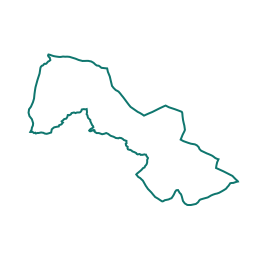 the district of Mpanda Urban, Katavi, United Republic of Tanzania, rotated 78°
{"feature_id": "72390352B31642859672055", "entity_name": "Mpanda Urban", "entity_type": "district", "adm_level": 2, "iso_a3": "TZA", "parent_name": "United Republic of Tanzania", "parent_adm1": "Katavi", "projection": "natural_earth1", "projection_center": [31.001, -6.409], "detail": "fine", "context": "isolated", "style": "outline", "palette": "teal", "viewbox_px": 256, "rotation_deg": 78, "n_neighbors": 0, "source": "geoboundaries", "source_scale": "gbopen_adm2", "svg_char_len": 4768}
<svg xmlns="http://www.w3.org/2000/svg" viewBox="0 0 256 256"><g transform="rotate(78 128 128)"><path d="M164.6,61.7L163.3,62.5L161.5,62.8L159.3,64.2L158.5,65.2L157.9,66.0L157.0,68.3L156.4,69.8L154.8,72.6L152.3,76.6L150.3,78.9L147.8,77.2L146.0,76.0L142.9,73.5L141.8,72.8L141.6,72.7L137.4,72.4L134.5,72.5L133.8,72.5L131.6,72.5L127.9,72.2L126.3,72.0L124.6,71.8L124.0,71.9L123.3,72.1L121.8,74.4L119.4,78.2L116.2,83.7L115.3,84.8L113.9,86.5L114.2,88.2L115.3,92.9L117.4,100.9L118.1,104.7L119.2,109.8L117.4,111.5L115.7,113.3L114.3,115.1L109.8,119.3L107.9,121.1L105.4,122.4L101.5,124.2L96.9,126.3L94.6,127.5L92.7,128.4L90.4,129.7L88.9,131.4L88.4,132.1L85.8,133.8L85.4,134.0L84.7,134.3L83.5,134.9L83.4,134.9L82.7,134.9L79.3,135.0L73.8,135.1L68.8,136.0L65.4,136.0L64.7,138.2L63.6,141.5L61.8,142.9L61.0,143.7L60.4,145.5L59.9,146.0L59.0,146.8L57.4,147.9L57.1,148.1L55.3,150.1L54.0,153.1L53.0,158.5L51.2,162.1L49.3,164.9L47.7,167.8L46.3,170.3L45.9,171.5L45.6,172.5L45.3,174.2L45.0,175.4L44.6,176.7L44.5,179.1L44.2,180.5L43.1,183.6L42.2,185.8L41.1,187.7L40.1,189.3L39.6,190.5L40.3,191.1L41.4,191.0L41.9,190.7L43.0,189.9L43.9,190.0L44.7,189.8L45.5,189.9L46.2,191.3L46.3,192.1L47.1,193.3L48.0,194.4L48.2,195.2L47.8,196.0L48.1,197.0L48.9,197.8L49.2,198.6L49.2,199.3L50.0,200.5L50.4,200.7L50.6,200.9L51.1,201.2L56.4,203.2L62.3,206.6L68.9,210.0L71.7,211.1L75.3,212.4L79.7,213.8L83.0,215.6L87.0,218.5L89.1,220.9L92.4,222.1L95.9,221.9L99.4,220.2L103.6,219.8L105.8,220.5L107.7,221.9L109.5,222.6L111.6,224.4L111.8,223.9L111.8,222.3L112.0,222.2L113.4,221.0L113.3,219.7L114.2,219.2L114.0,217.7L114.3,216.5L114.3,216.0L114.3,213.9L115.2,211.6L116.0,210.8L116.4,209.8L116.5,209.6L116.6,209.3L116.8,208.7L116.7,206.6L116.4,204.1L114.1,203.1L113.5,202.9L112.8,201.7L112.2,200.5L112.0,200.1L112.0,198.6L112.0,198.2L112.0,197.4L112.1,195.4L111.0,194.8L110.8,193.8L110.6,192.3L109.2,190.6L108.8,191.1L107.7,191.5L107.1,190.2L106.0,188.5L106.0,186.4L104.6,185.1L104.3,184.9L102.8,184.2L102.8,183.8L103.3,182.9L103.2,182.4L103.1,182.1L102.8,181.1L101.7,180.1L101.6,177.7L101.8,177.2L102.5,176.3L102.2,174.6L102.5,173.3L102.7,172.4L102.6,171.4L102.1,170.7L101.5,170.0L100.8,169.6L100.5,169.5L100.3,169.4L100.3,168.1L100.4,167.1L100.6,166.7L101.0,165.3L100.9,164.5L102.4,164.6L104.3,164.9L105.9,165.6L107.2,165.0L108.4,165.1L109.9,164.9L111.0,164.1L112.4,163.2L113.2,163.5L114.5,163.2L115.5,163.0L116.3,162.8L117.7,162.5L118.9,161.8L120.0,161.7L120.8,163.2L121.2,164.7L121.8,165.8L122.5,166.5L123.1,166.1L123.3,165.5L123.4,165.2L123.2,164.3L123.2,164.2L122.8,161.8L123.4,161.2L124.3,161.6L125.1,161.0L125.4,160.9L125.9,160.2L126.4,159.8L126.6,159.0L126.9,157.5L127.1,157.2L128.7,154.6L128.7,153.3L128.7,152.3L128.4,150.4L129.3,149.1L129.7,148.6L131.1,147.4L131.9,146.7L132.6,145.6L133.5,144.0L133.9,143.5L135.3,141.9L135.4,141.5L135.7,140.6L136.1,139.5L135.9,139.0L135.8,138.4L136.5,136.6L137.0,136.1L137.6,135.4L138.9,134.5L140.3,132.2L141.6,132.5L142.6,132.6L142.7,132.9L143.0,133.5L143.8,133.5L144.1,133.5L144.8,133.5L145.7,132.8L146.4,132.2L147.5,132.7L148.2,132.6L148.8,132.5L149.7,131.1L149.7,130.6L150.8,129.2L151.8,128.6L152.9,126.8L154.3,125.1L155.1,124.9L155.8,124.1L155.9,122.0L156.3,121.7L156.6,121.2L157.0,121.0L157.1,119.8L157.3,119.3L157.2,117.5L157.7,116.6L157.8,116.0L159.6,115.6L160.2,115.3L161.5,114.7L162.0,115.0L163.2,115.9L164.4,116.1L165.6,116.4L167.0,117.1L168.0,118.0L168.8,119.2L170.0,120.0L170.4,121.7L170.8,122.2L171.7,123.4L172.5,124.8L173.1,126.0L173.8,127.3L174.5,128.7L175.0,129.4L175.2,129.6L176.5,128.9L177.9,128.2L178.1,128.1L179.2,126.8L179.4,126.6L179.6,126.5L179.7,126.4L180.5,125.8L181.1,125.5L181.8,124.9L182.3,124.6L182.6,124.4L183.8,124.0L184.8,123.7L188.6,122.5L189.2,122.2L191.7,121.2L195.8,118.6L199.1,116.9L199.9,116.4L200.4,116.2L200.8,116.0L201.0,115.9L203.4,113.3L205.7,111.1L206.9,109.8L206.9,108.6L206.3,107.2L206.3,104.0L206.3,103.0L206.0,102.1L205.7,100.0L203.6,97.8L202.3,96.7L202.0,96.5L201.9,96.6L202.0,96.5L201.6,96.2L201.0,95.7L200.1,95.1L199.1,93.9L198.9,93.6L199.0,93.2L199.0,92.9L199.1,92.0L202.1,91.0L203.9,89.9L206.2,89.6L210.8,89.4L211.9,88.9L213.6,88.1L215.0,86.6L215.6,86.0L216.3,83.0L216.4,82.4L216.4,77.4L216.2,77.0L215.9,76.3L215.7,75.9L215.2,74.9L213.7,73.4L213.1,72.3L213.0,72.0L213.0,71.7L212.8,69.6L212.5,64.4L211.5,61.4L211.4,61.2L210.9,58.9L210.6,56.5L210.6,54.5L210.3,52.3L209.4,49.3L208.6,46.9L207.8,44.8L206.7,43.4L206.3,43.0L205.7,42.0L205.5,41.8L204.5,40.7L203.3,39.5L203.3,37.8L203.6,36.5L203.2,33.0L203.2,31.6L202.8,31.7L200.6,33.3L198.4,34.7L196.6,35.8L193.1,40.1L190.2,43.7L185.4,50.2L183.3,49.4L182.8,49.2L180.2,48.0L179.9,47.8L177.4,46.0L176.9,47.0L175.5,48.9L174.5,49.7L173.5,50.6L172.9,51.1L171.7,52.6L170.2,54.7L169.3,56.1L165.4,61.2L164.8,61.6L164.6,61.7Z" fill="none" stroke="#0f766e" stroke-width="2"/></g></svg>